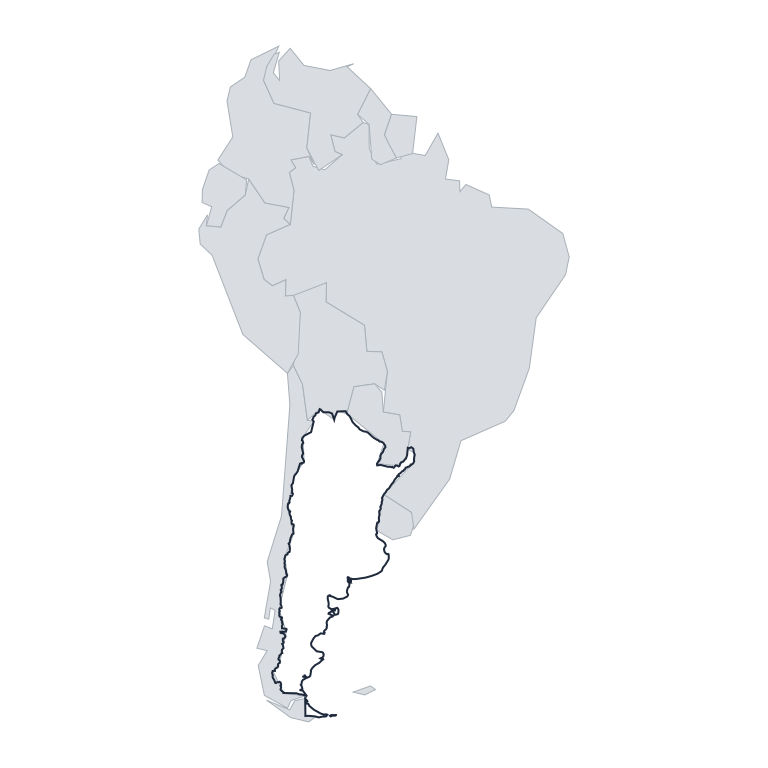 where Argentina sits in South America
{"feature_id": "ARG", "entity_name": "Argentina", "entity_type": "country or territory", "adm_level": 0, "iso_a3": "ARG", "parent_name": "South America", "parent_adm1": "", "projection": "equal_earth", "projection_center": [-65.46, -38.417], "detail": "fine", "context": "in_parent", "style": "outline", "palette": "slate", "viewbox_px": 768, "rotation_deg": 0, "n_neighbors": 12, "source": "natural_earth", "source_scale": "50m", "svg_char_len": 9820}
<svg xmlns="http://www.w3.org/2000/svg" viewBox="0 0 768 768"><path d="M305.2,698.4L305.6,716.2L316.1,716.4L308.7,721.9L290.7,717.6L266.5,700.1L289.7,709.9L294.7,700.8L305.2,698.4ZM293.4,365.3L302.5,384.3L307.4,420.2L313.9,421.3L303.0,437.0L304.1,461.2L294.1,476.8L288.0,505.7L293.8,533.3L284.8,557.0L287.4,574.9L279.0,609.1L286.2,631.8L279.8,661.9L273.0,671.1L283.9,693.4L305.5,695.7L291.0,700.6L287.6,708.2L264.4,695.4L258.2,665.6L267.2,650.7L256.9,648.2L264.5,625.8L272.3,628.9L275.1,610.3L270.4,607.9L268.7,619.2L264.3,617.9L270.6,581.5L267.2,561.7L281.5,516.1L289.9,404.9L287.4,373.3L293.4,365.3Z" fill="#d9dde1" stroke="#a8b0b8" stroke-width="1"/><path d="M353.1,692.1L370.5,685.9L375.5,689.6L364.6,694.9L353.1,692.1Z" fill="#d9dde1" stroke="#a8b0b8" stroke-width="1"/><path d="M383.8,494.4L411.6,512.4L415.6,519.1L410.5,535.3L392.8,539.8L376.9,530.6L383.8,494.4Z" fill="#d9dde1" stroke="#a8b0b8" stroke-width="1"/><path d="M413.9,529.2L411.6,512.4L383.8,494.4L414.7,461.4L415.1,453.3L407.7,449.4L410.7,431.9L402.3,431.3L399.7,414.9L383.3,412.1L387.4,371.5L381.9,351.9L366.9,351.4L364.5,325.3L326.0,301.9L326.5,282.7L303.4,296.0L285.4,296.0L285.8,279.8L272.4,285.8L264.1,279.5L257.9,258.9L266.5,234.8L290.3,224.4L294.0,190.3L289.3,172.5L295.6,167.7L290.9,159.9L309.0,156.4L312.8,166.2L324.8,169.8L342.2,154.7L335.0,151.5L330.7,134.8L344.4,137.9L363.1,122.5L369.1,124.5L369.2,148.7L376.7,164.1L400.9,158.8L401.0,151.4L425.2,155.5L438.0,133.2L448.8,159.7L445.5,179.1L459.6,180.8L459.9,191.6L465.9,184.5L489.2,194.9L491.7,207.1L528.3,209.1L562.8,233.5L569.2,256.9L565.6,274.6L536.2,317.7L529.3,368.3L513.9,410.5L505.3,421.2L461.0,440.7L449.7,479.0L413.9,529.2Z" fill="#d9dde1" stroke="#a8b0b8" stroke-width="1"/><path d="M293.4,295.4L326.5,282.7L326.0,301.9L364.5,325.3L366.9,351.4L381.9,351.9L387.4,371.5L384.4,390.2L374.7,383.8L354.0,386.7L346.8,413.7L336.9,411.1L333.8,419.4L319.3,409.5L307.4,420.2L302.5,384.3L293.4,365.3L300.3,312.4L293.4,295.4Z" fill="#d9dde1" stroke="#a8b0b8" stroke-width="1"/><path d="M290.3,224.4L266.5,234.8L257.9,258.9L264.1,279.5L272.4,285.8L285.8,279.8L285.4,296.0L293.4,295.4L300.3,312.4L298.2,354.0L287.4,373.3L242.9,334.5L212.1,255.3L200.2,244.0L198.8,229.1L207.5,214.8L206.4,225.7L220.8,227.0L227.1,210.5L245.3,195.0L248.7,178.9L265.0,203.0L289.0,207.5L283.9,218.4L290.3,224.4Z" fill="#d9dde1" stroke="#a8b0b8" stroke-width="1"/><path d="M314.3,164.8L309.0,156.4L290.9,159.9L295.6,167.7L289.3,172.5L294.0,190.3L290.3,224.4L283.9,218.4L289.0,207.5L265.0,203.0L248.7,178.9L230.3,174.0L217.8,160.1L232.8,137.0L227.0,100.9L230.4,87.0L244.8,77.2L251.0,59.8L278.8,46.1L263.5,80.3L274.0,103.4L310.6,113.0L306.8,148.0L314.3,164.8Z" fill="#d9dde1" stroke="#a8b0b8" stroke-width="1"/><path d="M363.1,122.5L344.4,137.9L330.7,134.8L335.0,151.5L342.2,154.7L318.7,170.5L306.8,148.0L310.6,113.0L274.0,103.4L263.5,80.3L266.7,66.5L274.2,54.2L279.3,52.4L273.3,72.7L279.6,80.5L278.7,61.0L290.2,48.3L304.0,65.4L330.0,70.5L353.8,63.7L347.1,66.8L370.7,88.7L357.7,114.4L363.1,122.5Z" fill="#d9dde1" stroke="#a8b0b8" stroke-width="1"/><path d="M396.5,157.9L380.6,164.7L371.8,159.1L369.1,124.5L357.7,114.4L370.7,88.7L391.6,114.3L384.5,134.7L396.5,157.9Z" fill="#d9dde1" stroke="#a8b0b8" stroke-width="1"/><path d="M412.6,153.5L396.5,157.9L388.1,142.5L384.5,134.7L391.6,114.3L416.9,116.6L412.6,153.5Z" fill="#d9dde1" stroke="#a8b0b8" stroke-width="1"/><path d="M246.6,179.9L245.3,195.0L227.1,210.5L220.8,227.0L206.4,225.7L211.7,206.8L202.1,202.4L202.4,189.6L209.1,170.0L218.9,163.5L246.6,179.9Z" fill="#d9dde1" stroke="#a8b0b8" stroke-width="1"/><path d="M381.9,392.3L383.3,412.1L399.7,414.9L402.3,431.3L410.7,431.9L406.2,458.4L399.1,466.1L377.1,463.4L383.9,443.6L346.8,413.7L354.0,386.7L374.7,383.8L381.9,392.3Z" fill="#d9dde1" stroke="#a8b0b8" stroke-width="1"/><path d="M384.0,494.1L381.9,498.1L382.3,499.3L382.3,500.7L381.6,501.9L381.8,503.1L381.6,504.0L380.3,507.0L380.8,508.2L380.3,509.7L379.2,511.2L379.3,513.8L379.6,514.4L378.8,517.5L379.1,521.3L378.4,522.5L377.5,522.4L377.2,522.8L376.1,528.2L377.1,533.3L376.1,534.3L376.5,535.9L377.8,538.1L383.0,541.3L384.7,542.9L385.6,544.6L385.7,546.0L384.2,548.1L384.0,549.8L384.7,552.1L386.0,553.6L387.0,554.1L388.4,554.0L388.6,554.4L388.8,557.7L388.7,558.8L388.3,559.9L385.5,564.5L383.2,567.3L382.4,568.9L382.0,570.5L381.3,571.3L377.4,573.8L371.4,576.0L365.6,577.6L356.4,579.0L352.9,579.1L351.2,578.7L349.6,578.3L348.8,577.4L347.8,577.2L347.5,577.7L348.0,579.0L347.7,580.5L348.0,581.4L349.7,582.6L348.8,582.6L349.5,583.4L349.1,586.8L348.0,587.4L347.1,590.2L346.9,591.7L347.1,592.7L348.1,594.6L347.7,595.9L347.1,596.6L343.1,598.6L338.4,599.1L337.4,599.0L333.1,596.9L329.8,595.9L330.1,595.4L329.7,595.2L328.3,595.8L327.8,596.5L327.7,598.6L328.6,602.8L328.7,604.5L328.3,606.5L328.8,607.7L331.4,609.2L332.0,609.1L331.7,610.0L331.7,610.6L332.8,610.7L335.0,610.4L335.3,609.2L333.9,609.1L334.1,608.8L337.1,607.8L337.9,608.5L338.3,609.4L338.5,610.5L338.3,613.1L337.8,614.1L335.4,614.8L334.8,614.6L333.4,612.0L332.3,611.5L331.2,611.6L330.0,612.5L328.9,612.8L328.5,613.7L331.3,615.0L333.4,615.6L332.7,616.4L329.8,617.6L327.0,621.0L326.6,622.9L327.1,625.3L326.6,626.3L326.9,627.3L326.2,629.1L324.3,630.7L323.9,631.9L324.6,632.6L324.3,633.8L320.6,633.4L317.9,635.4L315.5,636.0L313.3,638.8L311.1,643.0L311.2,644.9L311.7,646.4L316.7,651.3L321.9,652.1L322.9,652.6L323.7,654.2L323.4,656.2L322.7,657.3L320.4,658.4L320.8,658.6L322.4,658.4L322.8,658.6L323.2,659.4L322.5,659.7L319.3,662.8L315.1,665.2L312.3,668.0L310.8,670.5L311.0,671.3L310.3,675.6L309.4,676.7L307.2,677.7L305.7,676.6L304.4,674.7L304.6,675.6L304.5,676.2L302.4,676.8L304.9,676.9L306.1,678.1L302.8,680.0L301.8,681.6L301.5,684.0L300.2,685.3L301.2,685.0L302.1,687.6L302.4,688.8L302.2,689.6L299.6,689.9L301.4,690.5L302.4,690.3L302.8,690.6L306.6,695.8L306.3,696.2L306.2,695.6L301.4,694.4L299.6,694.4L296.5,693.3L283.5,693.0L283.6,692.3L281.5,690.8L280.5,689.5L281.1,687.5L281.1,686.9L280.5,685.9L281.0,685.4L281.1,684.3L280.6,682.5L279.5,681.8L278.8,682.2L277.2,682.2L275.8,683.1L275.3,682.9L274.1,679.8L272.8,677.8L272.5,676.0L272.9,675.1L272.1,673.3L272.2,672.3L272.6,671.7L272.7,671.0L274.9,670.9L274.7,670.0L275.4,668.5L277.4,667.5L278.1,666.6L278.2,665.5L278.0,664.3L278.7,663.4L279.7,663.0L280.0,661.8L279.8,660.8L279.2,660.0L278.5,659.6L278.4,658.8L279.5,656.2L279.4,655.5L281.0,654.2L281.4,653.3L282.3,653.0L281.8,651.4L281.9,649.8L283.5,648.2L283.0,645.3L282.1,643.9L283.4,642.9L283.7,642.1L282.9,641.1L282.8,638.8L283.2,638.5L284.4,638.3L284.5,637.6L285.5,636.7L285.4,635.8L283.7,633.5L280.6,632.9L280.4,631.7L285.9,631.6L286.5,629.8L286.6,629.2L286.1,628.8L282.0,628.3L281.9,625.8L282.8,624.2L281.9,622.6L282.3,622.2L282.2,621.2L281.1,619.8L281.1,619.0L282.0,618.5L282.1,618.0L281.9,617.4L279.9,616.8L279.3,615.8L279.4,613.8L279.2,612.0L279.8,611.1L279.2,609.5L279.3,609.1L279.9,608.1L281.0,608.1L281.7,607.7L281.7,607.2L280.5,603.6L280.8,602.8L280.5,596.7L280.0,595.7L280.1,594.8L280.9,592.5L281.6,591.9L281.6,591.5L280.9,590.7L280.7,590.0L280.8,589.6L281.5,589.3L281.8,588.6L281.9,587.4L281.3,585.0L281.7,584.6L282.5,584.7L283.3,581.8L283.3,578.5L285.5,576.8L286.5,576.7L287.1,575.4L287.2,574.8L286.3,573.9L285.8,570.1L284.7,567.5L284.6,566.2L284.9,564.5L284.4,563.1L284.9,561.3L284.3,558.8L285.2,556.9L285.2,555.7L286.3,554.7L287.4,554.5L287.6,553.4L288.7,552.1L289.5,552.0L289.8,551.3L289.7,549.6L290.0,548.5L289.6,546.2L289.2,544.3L288.8,544.1L288.6,543.5L289.7,542.5L290.4,538.6L292.1,534.4L293.5,533.6L293.1,528.9L293.8,525.6L293.6,524.5L293.0,524.2L292.1,524.4L291.6,523.7L291.5,522.0L292.0,520.6L291.3,519.9L290.9,518.1L290.9,516.6L290.4,516.2L289.5,513.7L289.4,512.4L289.9,512.3L290.2,511.5L289.6,510.8L288.7,510.4L287.7,507.7L287.8,505.2L288.1,503.6L288.4,503.2L289.0,503.3L289.6,502.3L289.3,501.2L290.6,496.6L290.5,496.0L292.1,495.8L292.9,493.9L292.8,493.4L292.0,493.0L292.2,489.9L291.4,485.5L291.7,484.7L292.9,483.3L294.1,476.4L295.3,474.3L295.7,474.2L297.6,471.5L300.0,463.7L301.0,463.2L301.5,463.7L301.9,463.6L302.3,463.0L303.8,462.5L304.0,461.9L304.0,460.9L301.9,456.8L302.0,455.6L303.2,453.6L301.7,446.9L302.1,444.3L303.3,442.9L302.7,441.2L301.9,440.3L302.3,438.1L304.3,435.7L311.1,432.1L313.7,421.5L312.3,419.6L313.3,417.9L313.5,416.9L315.3,415.4L315.9,413.4L318.6,412.4L319.7,409.1L320.6,409.5L323.2,412.2L329.1,412.3L332.1,413.5L334.2,419.7L334.7,417.4L337.4,411.5L345.6,411.2L347.3,414.2L349.2,415.7L350.4,417.5L352.6,422.1L355.8,425.5L358.0,427.2L359.0,428.2L359.4,429.2L363.4,431.3L366.4,431.8L368.0,432.7L373.3,437.5L376.8,439.7L378.3,440.3L379.5,441.5L381.2,441.7L382.6,442.4L383.6,443.3L384.9,445.3L385.3,446.0L385.4,447.3L384.0,449.0L382.9,452.1L381.2,453.9L380.4,455.9L380.5,458.4L379.3,460.4L379.4,460.7L378.5,461.4L377.1,463.5L376.9,464.2L377.2,465.4L380.5,464.9L388.4,466.9L389.4,466.6L391.4,467.2L392.2,466.9L393.5,467.8L394.0,467.6L395.6,465.4L397.2,465.5L398.4,466.4L398.9,466.4L399.6,465.8L400.1,463.7L401.2,462.3L403.4,461.5L405.0,459.2L405.9,458.7L407.1,455.2L407.8,447.8L409.1,448.3L411.3,447.2L413.3,448.7L413.7,451.7L414.7,455.0L414.4,455.6L413.9,459.6L414.2,461.0L413.2,463.4L411.0,465.0L410.7,464.7L409.4,466.5L407.7,466.8L406.8,467.5L405.6,467.7L404.9,469.3L403.9,469.9L403.4,470.9L402.3,471.2L400.5,473.1L398.6,474.3L398.4,474.8L398.8,475.3L398.8,476.1L397.3,476.0L397.2,476.7L394.7,479.6L393.4,482.2L391.5,484.3L389.1,488.2L386.9,490.0L385.5,492.5L384.0,494.1ZM305.4,716.0L305.2,698.6L307.1,700.6L307.8,702.0L307.2,701.5L306.5,701.8L306.0,702.8L306.2,703.5L308.3,703.8L309.3,705.9L313.9,709.7L320.6,713.5L323.7,714.5L326.1,714.3L327.3,714.7L326.3,716.2L325.5,716.5L322.4,716.6L318.9,717.4L315.0,716.4L308.2,715.8L305.4,716.0ZM331.3,715.0L332.0,715.1L335.9,715.0L335.8,715.4L334.9,715.7L332.7,715.6L330.7,716.4L330.0,715.8L331.3,715.0ZM351.0,580.7L351.0,581.3L350.7,581.2L349.8,580.7L349.4,579.9L351.0,580.7Z" fill="none" stroke="#1e293b" stroke-width="2"/></svg>